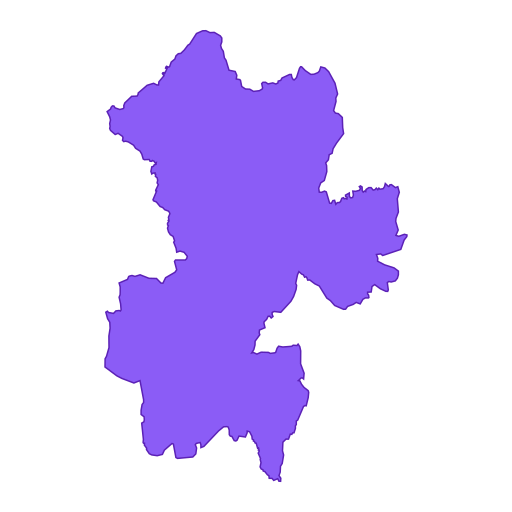 Poko, Orientale, Democratic Republic of the Congo
{"feature_id": "63176286B68044599971787", "entity_name": "Poko", "entity_type": "district", "adm_level": 2, "iso_a3": "COD", "parent_name": "Democratic Republic of the Congo", "parent_adm1": "Orientale", "projection": "robinson", "projection_center": [26.825, 2.983], "detail": "fine", "context": "isolated", "style": "filled", "palette": "violet", "viewbox_px": 512, "rotation_deg": 0, "n_neighbors": 0, "source": "geoboundaries", "source_scale": "gbopen_adm2", "svg_char_len": 6046}
<svg xmlns="http://www.w3.org/2000/svg" viewBox="0 0 512 512"><path d="M110.6,109.0L107.1,111.6L109.7,116.8L110.5,120.0L109.7,123.6L110.1,126.4L109.7,128.5L110.5,130.4L115.2,134.5L118.1,133.3L122.5,136.4L123.0,137.8L122.5,140.3L123.7,141.6L125.6,141.2L128.3,141.9L133.6,145.2L135.6,148.3L140.0,151.1L141.8,154.2L143.2,159.0L144.4,159.7L149.2,159.5L150.0,161.2L151.7,161.3L152.4,160.5L154.0,161.2L155.3,163.1L156.3,162.6L156.0,164.4L154.2,164.8L153.5,166.3L151.8,166.8L150.9,171.4L151.8,174.0L152.8,173.2L155.0,172.9L155.0,174.0L155.7,174.3L155.4,176.4L157.1,177.7L157.7,180.2L157.1,182.9L158.3,184.7L155.7,190.2L155.7,190.9L156.6,191.1L153.0,199.7L153.5,200.8L156.4,202.0L160.1,206.5L162.7,207.5L164.7,209.7L168.4,211.1L169.3,212.2L169.9,213.7L168.4,217.3L168.8,219.5L168.2,220.4L169.0,221.0L167.5,223.3L167.6,225.0L168.4,225.7L167.5,228.1L168.5,231.9L170.3,234.7L173.1,236.4L174.6,240.9L173.7,242.2L176.1,248.3L176.7,252.2L180.0,251.1L184.1,252.3L187.3,256.3L186.7,258.6L185.3,260.0L175.5,260.0L174.5,261.4L176.7,269.8L174.9,272.3L165.6,277.7L162.9,283.2L161.0,283.1L156.5,278.5L149.0,278.3L140.1,274.8L135.0,276.4L132.0,275.5L129.8,276.0L128.7,276.5L127.5,279.4L119.1,283.0L120.2,286.9L120.2,292.2L120.1,294.7L119.1,297.2L120.6,303.8L121.1,309.8L120.4,311.0L119.1,310.5L115.9,310.9L113.5,313.4L108.5,312.5L107.4,311.2L105.8,312.2L107.6,318.7L109.8,322.3L110.1,328.2L108.9,336.0L109.0,347.6L106.5,356.3L105.1,358.8L105.0,367.0L116.8,375.8L121.8,378.4L133.9,383.0L140.0,380.6L143.6,399.7L143.6,402.5L142.1,404.5L141.1,410.2L141.1,414.5L144.1,416.8L144.3,419.8L143.9,421.8L141.7,423.1L143.4,439.4L143.1,442.4L143.5,443.2L144.5,443.2L144.4,445.2L146.6,448.1L146.5,449.6L149.3,453.7L151.7,454.9L157.2,455.7L162.4,454.4L164.4,450.1L172.0,443.5L173.4,444.1L175.9,457.5L177.5,458.4L192.8,457.0L195.8,453.9L196.6,448.0L195.3,444.7L196.3,443.4L200.1,442.5L200.9,444.7L200.9,447.6L203.9,446.4L218.6,430.9L223.6,426.8L227.1,426.6L228.2,427.1L229.2,429.9L229.3,434.7L230.3,436.1L231.9,436.4L234.2,440.6L235.8,441.0L237.0,440.3L239.0,436.1L245.4,437.0L247.1,433.0L247.2,431.1L249.6,431.8L251.9,436.2L252.2,439.1L253.5,439.8L253.4,441.0L254.5,441.5L255.2,443.1L256.2,443.2L257.6,448.2L258.5,447.9L258.7,448.7L258.4,450.1L259.1,450.2L259.2,451.2L258.2,453.1L260.5,458.5L260.2,459.4L261.0,462.7L260.1,466.9L261.2,469.0L262.9,469.7L263.2,471.0L264.9,471.6L267.4,474.8L268.9,475.7L269.2,478.3L272.1,478.4L273.7,480.4L277.7,478.7L278.9,481.2L280.6,481.3L280.8,478.2L279.0,475.6L280.2,472.1L280.5,466.2L282.2,463.5L283.6,455.0L282.5,450.8L282.9,442.2L286.0,439.1L288.5,439.1L290.3,434.1L291.8,434.4L292.6,432.9L294.0,432.8L295.4,428.5L295.4,425.8L296.3,424.6L296.3,421.0L297.7,420.1L303.5,406.5L304.9,405.6L306.2,405.8L308.2,397.6L308.7,392.4L308.2,390.7L304.0,387.4L301.5,384.2L299.9,380.9L298.4,380.6L301.1,378.0L302.3,377.9L303.6,379.0L304.1,373.2L300.6,363.8L300.7,350.9L299.8,346.7L298.1,344.1L297.0,345.5L293.2,345.2L291.7,346.3L282.8,347.0L278.6,346.2L277.1,348.2L275.7,352.3L274.9,352.8L270.3,353.4L268.5,352.4L261.1,352.2L256.9,354.1L253.4,352.5L251.8,352.9L253.8,349.6L255.0,345.0L255.1,341.2L259.8,334.7L259.2,332.9L259.5,330.0L265.0,327.7L263.9,323.0L264.2,321.7L266.6,319.4L268.1,316.3L269.7,316.2L271.2,318.0L273.0,316.5L272.1,314.2L272.2,312.4L274.2,311.5L280.8,312.3L290.9,301.3L293.6,296.5L296.1,289.4L296.6,285.3L295.7,283.4L297.5,274.8L298.9,271.6L301.7,274.1L303.4,274.8L304.6,277.2L305.9,276.7L306.8,277.6L307.7,280.1L309.8,280.0L314.8,283.8L319.3,286.0L326.8,298.1L330.4,300.6L334.7,305.5L343.5,309.3L345.6,309.2L347.6,306.4L353.2,304.4L356.2,302.4L360.2,303.9L362.9,299.3L365.4,297.9L368.5,297.9L368.9,297.5L368.6,295.1L367.6,293.9L367.6,292.2L371.2,292.0L372.0,286.5L374.7,284.6L380.4,288.8L385.8,291.3L387.7,291.4L388.3,289.9L387.3,282.6L388.8,281.5L391.2,282.0L395.3,280.9L397.4,278.2L398.4,274.8L398.4,271.1L394.1,267.9L384.5,264.8L377.6,261.2L377.8,258.3L376.4,254.5L380.7,253.9L382.7,255.5L400.8,249.4L404.1,240.1L406.8,236.6L407.0,235.0L404.4,234.3L398.8,236.3L395.9,235.4L398.2,230.0L395.7,221.5L396.0,218.4L398.4,212.0L397.3,198.7L399.3,192.3L397.8,186.7L395.4,187.6L391.4,184.6L389.9,184.8L389.0,186.5L388.5,186.5L385.3,183.5L384.5,186.7L383.1,188.7L379.9,189.2L378.9,188.1L377.8,189.7L376.3,188.1L374.9,189.7L373.2,190.1L371.1,187.6L368.8,187.6L366.0,189.5L365.7,191.6L364.5,191.0L363.2,192.1L362.2,190.6L362.1,187.0L360.5,185.9L359.3,186.6L360.4,188.4L359.5,190.3L355.7,191.3L352.8,191.1L353.4,195.1L352.6,197.5L350.8,197.9L349.4,196.5L349.3,193.0L345.5,195.1L345.6,196.4L347.1,197.3L346.9,199.0L345.1,198.4L344.2,198.8L343.4,197.7L341.8,198.3L340.6,201.4L339.5,202.5L337.3,202.6L335.8,204.3L334.6,200.3L332.9,200.6L331.3,203.4L329.6,203.1L326.3,191.9L324.5,191.1L321.6,192.3L319.3,192.2L318.7,188.1L320.7,182.9L324.3,180.5L326.8,171.6L326.6,165.6L325.7,162.9L328.4,159.8L329.2,154.7L332.1,153.3L333.1,148.7L336.6,143.0L343.6,133.6L342.7,127.6L342.3,117.4L338.3,113.6L335.4,113.1L333.6,110.6L336.0,101.5L335.8,98.0L337.6,94.0L335.0,83.2L328.6,71.6L324.9,68.0L320.8,66.9L319.3,71.2L317.9,72.6L314.1,74.2L310.8,74.4L305.3,70.6L301.6,66.8L300.6,66.7L299.5,68.3L296.5,77.6L294.3,79.9L293.3,79.7L291.9,77.4L291.3,74.5L289.5,74.5L282.0,78.0L280.7,80.4L278.2,81.1L277.9,83.0L275.8,84.0L272.8,82.9L268.0,83.9L265.6,82.3L262.9,82.3L261.7,83.6L262.6,87.9L262.2,89.0L259.4,90.7L253.5,91.4L249.8,89.2L245.5,89.0L241.7,86.5L240.5,80.4L239.8,79.6L236.3,79.0L236.8,75.3L235.2,71.5L229.0,70.2L226.0,60.2L224.4,57.9L223.3,51.3L221.5,48.5L220.6,45.3L221.8,41.9L221.8,38.0L220.3,35.9L214.3,32.4L209.9,32.6L205.9,30.7L202.6,30.8L196.5,33.5L189.7,44.1L187.9,45.2L184.3,50.0L180.8,53.4L178.3,53.7L176.0,55.8L174.9,59.0L171.2,62.1L169.6,66.6L168.7,67.1L166.5,66.3L165.8,67.2L165.4,68.8L166.7,66.7L167.6,67.3L164.6,73.8L163.6,74.1L163.7,72.6L162.8,72.8L162.4,73.6L164.0,75.7L158.9,81.8L158.5,85.0L156.8,84.9L153.6,83.3L147.1,85.3L138.2,93.0L138.1,94.4L137.0,96.1L131.7,96.3L124.8,102.9L123.8,105.5L123.9,107.7L123.2,108.6L119.8,109.5L115.1,107.9L113.9,106.0L112.4,105.9L111.1,107.3L110.6,109.0Z" fill="#8b5cf6" stroke="#5b21b6" stroke-width="1.5"/></svg>